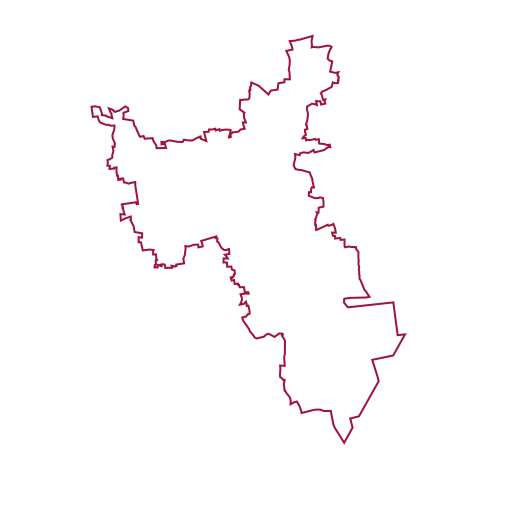 Valladolid, Yucatán, Mexico, rotated 347°
{"feature_id": "50627088B16380638770573", "entity_name": "Valladolid", "entity_type": "district", "adm_level": 2, "iso_a3": "MEX", "parent_name": "Mexico", "parent_adm1": "Yucatán", "projection": "robinson", "projection_center": [-88.128, 20.615], "detail": "fine", "context": "isolated", "style": "outline", "palette": "rose", "viewbox_px": 512, "rotation_deg": 347, "n_neighbors": 0, "source": "geoboundaries", "source_scale": "gbopen_adm2", "svg_char_len": 6083}
<svg xmlns="http://www.w3.org/2000/svg" viewBox="0 0 512 512"><g transform="rotate(347 256 256)"><path d="M367.3,383.8L383.6,365.9L376.2,365.0L379.4,332.1L334.0,326.7L331.3,321.2L332.3,317.6L333.1,317.5L338.4,318.0L353.5,321.1L357.4,321.4L355.1,315.1L354.0,313.2L352.4,303.0L351.7,301.4L352.5,298.5L352.4,296.6L353.0,295.1L353.1,292.6L354.0,290.2L354.0,287.1L355.2,282.9L355.2,281.4L356.7,275.2L355.0,271.1L355.5,269.9L349.9,268.3L348.9,267.7L344.7,267.5L344.5,266.1L346.0,259.9L341.9,259.3L342.2,257.4L337.0,256.8L337.6,254.4L335.5,253.6L335.4,250.3L339.0,251.2L339.2,246.6L338.6,242.1L336.4,242.8L333.3,242.8L332.9,241.7L320.5,244.3L320.4,243.1L320.9,242.3L321.3,240.1L320.9,239.8L321.3,238.9L320.7,238.7L321.0,237.1L322.2,234.5L321.8,233.8L323.4,231.7L325.0,228.9L325.6,227.9L325.3,227.3L326.6,227.8L328.0,223.0L332.8,223.1L333.9,218.9L334.3,214.6L331.4,213.2L329.8,213.6L326.5,212.9L321.0,209.2L322.0,205.7L324.0,206.3L324.5,204.0L325.8,201.6L327.9,202.2L327.8,196.2L328.2,193.4L327.3,189.1L327.3,186.8L319.8,182.6L316.7,181.5L313.9,180.1L313.1,176.0L316.6,168.8L316.9,165.4L321.3,167.6L322.1,165.9L325.6,165.7L329.9,167.3L332.4,166.9L335.9,165.6L336.3,168.3L346.0,168.1L351.4,166.0L352.9,166.7L352.9,164.1L350.5,164.0L347.6,162.2L342.9,160.7L343.5,156.3L340.5,156.3L340.0,155.3L334.9,155.2L332.3,154.4L330.9,154.6L330.9,152.2L327.9,151.8L329.4,150.2L331.9,149.2L331.7,145.9L332.1,144.0L334.7,143.8L334.8,140.0L334.3,139.9L334.3,138.9L336.3,135.8L338.5,129.8L338.7,128.8L338.6,125.0L339.5,121.8L344.8,120.2L348.0,121.5L349.3,122.6L349.4,118.6L353.5,119.8L353.5,123.1L357.8,123.1L357.6,120.7L358.8,119.0L356.6,119.1L356.2,113.1L355.7,112.0L358.3,110.4L360.0,110.4L367.7,108.3L369.9,104.1L371.5,105.2L374.8,106.0L375.8,103.6L375.3,103.4L376.2,101.6L376.6,101.5L376.9,100.1L376.1,99.0L376.4,98.5L376.0,97.4L377.6,95.5L374.0,95.3L369.7,93.0L374.1,83.5L371.6,82.1L370.2,79.7L372.0,75.4L374.8,71.2L375.9,70.4L376.7,69.2L374.7,67.6L372.7,67.1L363.9,66.8L358.3,65.1L357.2,65.2L357.9,63.4L358.4,59.3L360.6,54.3L346.5,55.1L345.8,54.7L342.7,55.0L337.2,54.2L338.1,59.9L338.0,63.1L331.7,63.0L333.1,69.6L333.0,72.7L331.8,77.2L329.7,82.2L330.0,84.4L328.7,91.5L323.5,90.2L322.7,93.1L316.7,92.7L314.5,98.7L308.0,98.2L307.1,98.6L304.5,101.5L296.9,90.7L290.5,85.9L289.4,89.1L288.1,90.4L287.7,93.1L287.0,92.8L286.4,94.0L286.4,96.2L285.0,100.9L283.3,101.8L280.0,100.9L278.3,101.0L275.7,100.3L273.1,109.4L276.7,113.5L276.3,113.6L275.5,118.8L276.2,123.6L273.2,122.9L273.2,126.4L273.6,129.4L269.2,129.3L267.0,130.9L262.9,130.6L261.3,130.1L259.8,131.1L258.6,131.3L258.2,134.4L257.3,134.5L256.3,134.4L259.7,127.8L259.1,127.2L255.4,126.1L251.6,125.6L249.0,125.9L249.0,124.2L245.0,124.6L245.1,122.8L241.6,122.9L238.8,122.1L237.9,124.3L233.3,123.5L233.4,132.8L228.6,129.4L228.9,127.0L227.6,127.1L227.5,127.6L225.1,127.6L220.3,129.1L215.8,128.1L211.9,126.4L210.5,128.2L209.2,128.3L204.5,126.8L197.6,123.8L195.1,124.0L193.1,124.6L189.5,123.6L189.1,126.0L191.2,125.6L191.2,126.1L192.4,126.1L192.6,130.5L183.4,128.6L183.7,125.8L182.3,122.2L181.7,119.3L181.8,117.9L173.9,116.7L173.5,113.8L170.5,113.9L170.1,113.3L169.5,113.3L167.6,103.1L166.7,101.3L166.9,96.5L157.4,92.6L158.5,89.6L159.1,86.6L164.2,86.1L164.6,83.1L162.3,80.8L155.4,83.6L152.4,83.6L151.6,84.0L150.1,83.3L150.1,82.4L149.0,81.1L145.9,79.1L146.6,83.6L147.3,84.8L146.9,86.1L147.0,89.4L141.7,86.2L141.6,85.5L137.5,84.1L138.0,82.6L137.2,75.9L132.9,74.0L129.3,73.6L128.4,83.8L133.0,84.3L133.5,89.1L133.9,90.5L135.1,91.5L139.3,94.4L141.9,95.0L143.8,96.4L147.4,97.0L147.0,99.3L145.7,102.1L144.0,104.5L143.2,106.3L142.9,109.1L143.8,114.4L142.8,117.8L140.8,117.2L140.8,121.4L138.7,125.2L138.2,127.8L135.3,128.8L132.9,129.1L132.6,131.8L131.5,134.5L133.9,135.3L132.8,138.2L137.4,138.9L137.6,138.1L140.1,138.3L139.1,142.1L138.7,146.5L139.5,146.6L138.9,150.9L141.1,151.2L141.1,150.2L144.0,150.5L143.9,154.6L146.4,155.6L148.1,156.9L150.7,156.6L155.0,156.8L154.3,159.6L152.9,178.7L151.4,178.7L151.0,176.6L136.8,175.5L136.7,175.8L137.4,176.1L136.8,179.1L137.3,179.1L137.0,181.2L137.4,186.0L133.3,184.7L132.3,191.1L137.6,189.9L142.9,189.4L142.1,193.4L141.9,193.3L143.5,199.5L143.1,205.3L150.2,208.3L149.1,212.5L145.9,211.3L144.7,216.1L147.0,216.8L146.9,225.1L153.9,225.8L157.4,227.1L157.6,227.2L156.8,228.4L156.1,231.4L158.9,231.9L158.4,236.1L158.7,237.6L157.4,237.5L156.5,241.6L155.6,241.8L154.6,244.3L157.5,245.0L158.2,242.6L159.4,243.3L160.8,243.1L160.8,244.3L161.8,244.7L162.6,242.9L165.0,243.7L165.3,244.7L164.9,247.2L171.5,248.6L171.5,246.5L173.6,247.3L173.6,247.8L174.6,248.0L176.1,248.0L176.3,246.4L184.3,247.0L184.6,242.3L186.7,239.3L187.7,236.7L189.1,232.8L189.4,230.5L192.5,231.6L197.9,231.1L200.1,231.4L202.2,232.0L201.8,234.6L206.2,234.7L206.4,232.8L206.0,229.0L221.6,228.0L220.8,229.6L222.4,230.1L221.4,233.1L222.6,234.3L224.0,240.1L226.2,242.9L228.5,243.6L230.7,243.0L231.3,243.2L230.6,247.9L226.0,247.8L226.6,248.6L228.0,252.1L224.0,251.1L222.8,255.0L226.2,255.8L225.5,260.0L229.6,260.7L229.5,263.8L231.9,265.2L231.4,268.8L230.7,268.8L230.0,269.5L229.8,270.9L228.0,271.1L227.9,271.9L226.5,271.4L226.7,274.5L229.2,274.5L228.9,278.5L232.2,278.8L232.0,280.0L233.0,280.4L233.1,282.7L237.3,283.7L236.9,289.0L240.3,289.5L240.4,291.0L236.9,290.2L232.3,289.8L232.8,293.8L232.5,295.4L230.9,298.1L229.4,299.8L233.6,299.9L236.0,298.2L236.1,300.2L235.7,302.6L237.4,302.7L237.4,307.7L236.8,310.8L236.1,311.1L234.6,311.0L232.6,312.9L231.4,312.6L228.7,312.9L229.0,316.2L232.9,325.9L233.0,327.7L235.9,333.4L236.3,335.0L238.1,336.5L245.4,336.4L248.8,334.7L251.0,334.7L255.9,339.0L261.1,336.7L264.3,337.6L264.6,338.6L263.3,339.5L264.8,343.3L265.1,345.4L262.0,358.2L260.8,360.5L259.3,369.4L254.8,368.2L254.5,371.0L252.4,378.1L252.4,379.5L253.8,381.0L254.7,383.0L255.9,382.9L256.1,383.1L254.3,387.2L253.6,393.5L253.9,393.5L254.8,396.3L257.2,401.4L257.3,404.7L256.3,408.2L260.8,407.0L263.1,407.0L264.5,411.5L265.3,417.7L265.1,419.2L278.1,419.0L281.1,419.4L284.1,420.2L287.3,422.3L294.0,423.8L293.5,437.7L294.2,441.3L299.9,457.8L311.5,445.0L311.3,435.5L320.2,435.4L347.3,405.7L347.3,401.0L345.9,383.3L367.3,383.8Z" fill="none" stroke="#9f1239" stroke-width="2"/></g></svg>